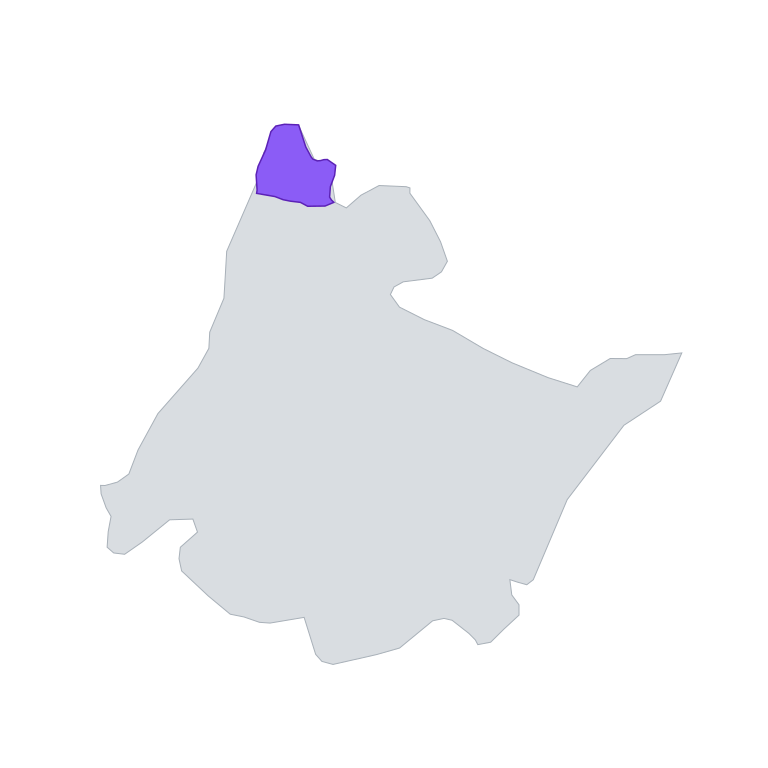 Rožaje highlighted on a map of Montenegro, rotated 261°
{"feature_id": "MNE-1501", "entity_name": "Rožaje", "entity_type": "Municipality", "adm_level": 1, "iso_a3": "MNE", "parent_name": "Montenegro", "parent_adm1": "", "projection": "natural_earth1", "projection_center": [20.185, 42.858], "detail": "fine", "context": "in_parent", "style": "filled", "palette": "violet", "viewbox_px": 768, "rotation_deg": 261, "n_neighbors": 0, "source": "natural_earth", "source_scale": "10m", "svg_char_len": 1700}
<svg xmlns="http://www.w3.org/2000/svg" viewBox="0 0 768 768"><g transform="rotate(261 384 384)"><path d="M328.2,88.2L327.4,92.6L328.8,105.4L335.0,117.9L357.4,130.8L390.2,156.1L428.8,202.7L446.6,216.6L462.5,220.0L493.7,239.3L515.4,244.1L539.7,249.4L603.1,289.8L631.6,301.6L651.8,316.8L654.0,331.1L653.1,340.0L616.5,350.4L610.1,366.2L592.3,364.4L570.9,364.3L563.8,374.3L574.1,390.8L580.8,410.2L575.4,436.8L573.6,440.3L568.4,439.4L538.1,454.8L515.6,462.1L495.3,465.8L485.8,458.3L481.0,448.2L481.9,419.0L478.3,409.1L471.4,404.3L457.5,411.3L441.3,433.8L426.2,460.1L403.6,487.5L384.9,513.8L364.7,546.9L350.9,574.4L365.1,589.9L373.8,611.4L371.1,627.6L373.6,637.0L369.1,665.2L368.1,683.0L323.8,654.5L305.7,614.5L241.2,546.9L167.3,500.8L163.4,493.6L167.5,484.7L171.1,477.7L155.7,477.2L144.8,482.8L134.6,481.2L123.1,464.0L112.3,449.0L111.9,435.9L116.9,434.2L124.3,428.9L140.0,414.3L143.1,406.6L142.5,395.0L120.8,358.1L117.9,334.2L115.0,289.8L119.7,279.3L127.7,274.2L166.0,268.6L165.7,234.0L168.1,223.7L175.8,209.3L180.7,196.1L202.1,177.3L231.0,154.9L243.5,154.2L254.6,157.3L266.9,176.6L280.5,174.1L283.4,151.0L265.8,120.6L256.4,101.2L259.4,90.6L266.1,85.0L281.3,88.5L295.9,93.7L305.2,90.2L319.8,87.4L328.2,88.2Z" fill="#d9dde1" stroke="#a8b0b8" stroke-width="1"/><path d="M653.3,340.2L645.9,341.4L630.4,343.8L619.6,347.6L617.2,349.0L614.8,353.0L614.6,356.4L615.0,359.6L614.6,363.1L607.5,370.5L597.9,367.9L587.3,361.9L577.1,359.5L573.9,360.9L571.3,362.9L571.2,362.7L569.0,353.6L571.5,336.4L576.5,329.8L579.2,320.2L581.8,313.2L586.2,305.6L592.2,288.0L595.4,289.0L610.6,290.4L618.7,293.7L633.6,303.6L651.0,311.8L655.7,317.5L656.1,326.3L653.3,340.2Z" fill="#8b5cf6" stroke="#5b21b6" stroke-width="1.5"/></g></svg>